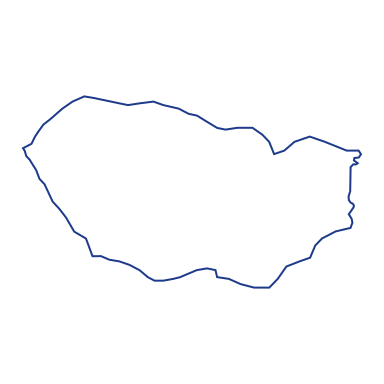 outline of Myonggan, Hamgyŏng-bukto, North Korea
{"feature_id": "82179303B68633969029735", "entity_name": "Myonggan", "entity_type": "district", "adm_level": 2, "iso_a3": "PRK", "parent_name": "North Korea", "parent_adm1": "Hamgyŏng-bukto", "projection": "natural_earth1", "projection_center": [129.442, 41.157], "detail": "fine", "context": "isolated", "style": "outline", "palette": "blue", "viewbox_px": 384, "rotation_deg": 0, "n_neighbors": 0, "source": "geoboundaries", "source_scale": "gbopen_adm2", "svg_char_len": 1216}
<svg xmlns="http://www.w3.org/2000/svg" viewBox="0 0 384 384"><path d="M92.5,256.2L95.9,256.2L100.9,256.1L109.3,259.7L119.4,261.4L129.5,264.9L139.6,270.2L147.9,277.2L154.6,280.7L163.1,280.7L173.2,278.9L180.0,277.2L188.5,273.6L196.9,270.1L207.1,268.4L215.5,270.1L217.1,277.1L228.9,278.9L240.6,284.1L254.1,287.6L269.3,287.6L277.8,278.8L286.4,266.5L300.0,261.2L310.1,257.7L315.3,245.4L322.1,238.4L335.7,231.4L350.5,227.9L352.4,222.8L351.7,218.9L348.8,214.2L353.6,207.3L353.9,205.5L352.9,203.7L350.7,202.7L349.0,200.4L348.5,196.9L349.7,192.8L350.2,191.4L350.6,167.1L353.2,164.4L356.0,164.4L357.7,163.2L353.9,160.4L354.4,158.0L358.8,157.5L361.0,154.2L358.6,150.6L346.7,150.6L324.8,141.8L309.7,136.6L294.5,141.8L284.3,150.6L274.1,154.1L269.2,141.9L262.5,134.8L252.5,127.8L237.3,127.8L225.5,129.6L217.1,127.9L205.4,120.8L197.0,115.6L188.6,113.8L178.6,108.6L163.4,105.1L153.4,101.6L139.9,103.3L128.0,105.1L119.6,103.4L94.4,98.1L84.3,96.4L72.5,101.6L62.3,108.7L50.3,119.2L43.5,124.5L38.4,131.5L34.9,136.8L31.5,143.8L23.0,148.2L24.7,150.8L26.3,156.1L29.6,159.6L36.2,170.2L39.5,178.9L44.5,184.2L47.8,191.2L52.7,201.7L59.3,208.8L66.0,217.5L74.2,231.6L86.0,238.6L92.5,256.2Z" fill="none" stroke="#1e3a8a" stroke-width="2"/></svg>